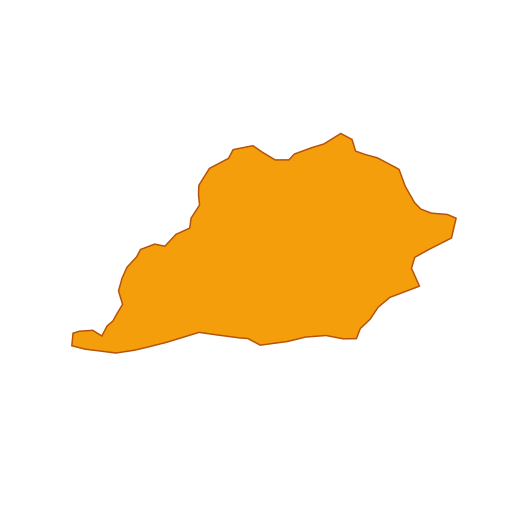 Dals-Ed, Västra Götaland, Sweden, rotated 253°
{"feature_id": "70781695B56175452529333", "entity_name": "Dals-Ed", "entity_type": "district", "adm_level": 2, "iso_a3": "SWE", "parent_name": "Sweden", "parent_adm1": "Västra Götaland", "projection": "mercator", "projection_center": [11.917, 58.996], "detail": "fine", "context": "isolated", "style": "filled", "palette": "amber", "viewbox_px": 512, "rotation_deg": 253, "n_neighbors": 0, "source": "geoboundaries", "source_scale": "gbopen_adm2", "svg_char_len": 1037}
<svg xmlns="http://www.w3.org/2000/svg" viewBox="0 0 512 512"><g transform="rotate(253 256 256)"><path d="M224.0,53.6L216.9,65.3L204.2,93.6L201.4,112.7L200.5,126.4L199.6,145.6L199.6,169.3L199.6,179.3L192.3,194.8L182.3,216.7L179.5,224.0L169.5,234.0L165.0,261.4L164.0,279.6L159.5,299.7L151.3,315.2L147.6,327.8L156.2,334.6L162.2,346.7L171.3,357.8L177.3,371.9L179.4,403.5L198.8,401.1L208.3,407.4L211.4,421.5L216.1,448.2L233.6,458.4L239.7,451.3L245.7,436.2L252.8,427.2L260.8,423.2L278.9,419.1L297.0,418.1L299.3,415.9L304.1,411.1L314.2,401.0L321.2,390.0L327.2,381.9L339.3,381.9L348.4,372.9L343.3,353.7L343.3,340.7L342.3,322.6L338.3,315.5L342.3,302.4L353.4,292.4L362.4,285.3L364.4,265.2L357.4,258.2L353.4,237.1L340.3,222.0L331.3,218.9L321.2,216.9L311.1,204.9L302.1,200.8L300.1,185.8L292.0,171.7L297.0,162.6L296.0,147.5L290.0,141.5L283.0,129.4L273.9,121.4L262.8,114.3L248.8,114.3L240.7,105.3L235.7,100.2L232.7,93.2L224.6,85.2L232.7,78.1L235.7,65.0L235.7,58.5L235.3,58.3L224.0,53.6Z" fill="#f59e0b" stroke="#b45309" stroke-width="1.5"/></g></svg>